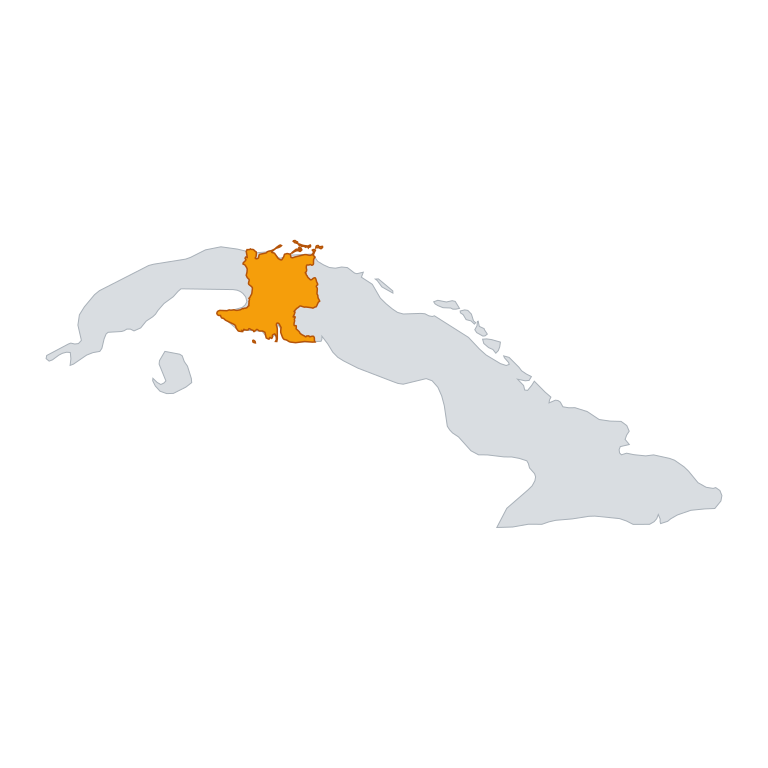 where Matanzas sits in Cuba
{"feature_id": "CUB-1430", "entity_name": "Matanzas", "entity_type": "Province", "adm_level": 1, "iso_a3": "CUB", "parent_name": "Cuba", "parent_adm1": "", "projection": "equal_earth", "projection_center": [-81.101, 22.655], "detail": "fine", "context": "in_parent", "style": "filled", "palette": "amber", "viewbox_px": 768, "rotation_deg": 0, "n_neighbors": 0, "source": "natural_earth", "source_scale": "10m", "svg_char_len": 9734}
<svg xmlns="http://www.w3.org/2000/svg" viewBox="0 0 768 768"><path d="M237.4,249.1L253.7,253.0L266.9,251.9L273.3,249.6L272.7,252.0L278.5,257.8L280.6,258.2L289.1,255.2L311.5,254.1L313.7,255.7L317.7,261.4L323.4,264.8L329.3,267.5L335.4,268.2L341.6,267.0L347.4,267.6L354.6,273.1L356.9,273.7L363.3,272.2L361.4,277.2L372.3,284.3L380.3,298.1L386.1,303.8L392.3,308.9L397.5,312.4L403.3,314.0L420.9,313.4L425.0,313.8L428.8,315.8L432.3,316.5L434.4,315.8L468.5,337.4L479.4,349.0L486.1,355.0L500.4,363.6L506.2,365.5L509.2,364.4L508.6,362.5L504.4,357.7L503.7,355.9L509.1,357.4L518.9,367.2L521.6,370.8L526.5,374.1L531.4,376.6L529.1,380.4L525.2,380.8L517.5,379.2L523.6,385.5L524.7,390.0L527.6,390.4L531.7,385.4L534.3,381.2L545.1,392.1L550.9,397.1L549.5,400.0L549.0,402.9L555.4,400.2L557.9,400.5L560.3,402.1L562.9,406.8L568.9,407.8L575.0,407.7L587.3,411.6L599.1,419.5L610.1,421.1L621.1,421.4L626.8,425.6L629.2,431.2L626.6,435.2L625.1,439.4L629.3,444.5L620.3,446.6L619.1,449.7L619.6,453.0L621.4,454.8L626.6,453.2L634.0,454.7L645.7,455.9L653.6,454.9L669.6,458.4L674.5,460.2L684.0,466.8L688.5,471.1L698.0,482.7L706.2,487.3L713.2,488.4L715.7,487.6L719.9,490.5L721.9,495.6L720.9,501.0L714.8,508.5L704.8,508.9L690.8,510.3L677.3,515.0L670.7,518.8L667.7,521.3L660.6,523.6L660.1,521.6L660.2,519.1L658.3,514.5L656.7,518.7L654.1,521.7L649.6,524.3L633.2,524.4L626.5,521.0L619.6,518.6L594.8,516.1L588.9,516.3L572.3,518.9L555.7,520.3L548.8,521.9L541.9,524.3L528.5,524.2L512.7,527.0L496.8,527.5L506.8,508.3L528.1,489.8L532.1,485.9L534.9,480.8L535.6,476.9L534.6,473.7L529.5,467.9L528.4,463.6L526.8,460.8L519.4,458.4L511.9,457.0L504.0,456.9L487.3,454.9L478.5,454.8L471.0,450.8L458.5,436.9L452.6,433.0L449.6,429.8L447.3,426.2L444.3,405.7L441.7,395.9L437.9,387.3L432.2,380.8L426.2,378.6L403.2,384.2L397.9,383.4L392.7,381.5L358.0,368.2L343.6,360.9L337.8,357.3L332.8,352.2L327.7,343.8L321.9,336.2L321.9,339.3L321.0,341.3L292.0,342.2L287.4,340.4L284.4,338.4L282.3,335.3L280.8,329.2L278.0,324.1L277.2,329.6L275.7,334.6L271.8,337.4L267.4,337.9L262.0,331.2L238.6,329.8L236.5,328.7L228.8,322.2L222.2,314.1L228.8,311.2L242.3,307.4L245.2,304.9L246.9,301.7L245.7,296.9L243.0,293.5L240.3,291.5L237.2,290.2L233.2,289.6L181.0,288.8L178.0,291.4L173.3,296.7L164.0,303.5L157.9,310.5L155.5,314.2L152.7,316.8L146.2,321.1L140.7,327.9L134.0,330.9L130.4,329.1L126.8,329.1L124.2,330.7L121.5,331.5L108.1,332.3L106.1,334.0L104.1,338.9L101.9,348.3L99.8,351.4L93.0,352.6L86.6,355.1L73.5,364.1L70.1,365.4L70.9,358.8L70.3,352.5L66.6,352.2L62.4,353.3L58.9,355.1L52.4,359.9L49.1,361.1L46.1,358.6L46.7,355.5L68.4,344.0L70.8,343.1L74.7,344.0L78.4,343.6L81.4,340.4L77.9,325.1L79.4,314.8L84.4,306.8L94.5,294.7L99.4,290.7L148.7,265.5L153.7,264.2L185.7,259.1L190.5,257.4L205.4,249.9L220.9,246.8L237.4,249.1ZM191.7,382.6L185.9,387.1L173.4,393.4L166.7,393.6L160.0,391.2L155.3,386.0L152.7,380.8L152.9,378.3L157.1,382.4L160.8,384.5L163.8,383.1L165.9,380.9L159.1,364.1L159.5,360.6L164.9,351.4L179.7,354.2L182.2,355.8L184.3,361.6L187.5,366.2L191.3,378.4L191.7,382.6ZM437.8,300.3L446.4,302.0L452.2,300.7L455.2,301.4L459.5,308.4L455.8,309.2L452.9,309.2L450.7,308.0L443.0,307.7L437.9,305.6L435.1,303.9L433.7,301.8L437.8,300.3ZM498.3,350.6L495.8,353.2L492.9,349.5L488.6,347.6L483.8,343.5L482.6,339.2L486.6,338.9L491.6,339.6L500.4,342.1L499.7,346.9L498.3,350.6ZM475.7,322.7L474.4,324.1L471.0,320.9L466.1,319.6L463.2,314.7L460.4,312.8L460.2,311.0L464.7,309.9L467.8,310.4L471.4,314.1L473.5,320.9L475.7,322.7ZM485.0,335.9L482.9,336.1L476.7,332.6L474.8,329.7L477.0,325.8L477.4,321.5L478.2,321.2L479.3,326.4L484.1,328.6L484.4,329.7L487.3,334.1L485.0,335.9ZM392.8,290.9L392.9,293.1L381.9,286.9L377.2,280.5L375.3,279.1L378.4,278.9L392.8,290.9Z" fill="#d9dde1" stroke="#a8b0b8" stroke-width="1"/><path d="M247.0,249.6L248.6,249.6L249.6,249.5L250.4,248.9L251.1,249.4L252.5,249.4L253.4,249.6L253.8,249.9L254.9,251.0L256.2,251.9L256.4,253.6L256.2,255.5L255.9,257.0L255.5,257.6L255.2,258.0L255.9,258.7L256.6,258.8L257.3,258.6L258.3,258.1L258.5,257.7L258.9,255.7L259.1,255.0L259.6,254.4L260.1,254.2L260.7,254.1L265.9,253.0L266.6,252.6L267.3,251.7L268.8,251.2L271.8,250.6L272.7,250.2L275.0,248.8L276.5,247.4L279.3,245.4L280.3,245.0L281.5,245.6L280.6,246.5L278.9,247.4L276.0,248.3L272.6,250.9L271.8,251.8L271.8,252.4L274.5,253.2L278.1,258.4L280.3,259.8L281.6,259.9L282.1,259.5L282.5,258.6L283.5,257.2L283.8,256.5L284.4,254.5L284.8,254.1L285.5,254.0L287.1,253.5L289.7,254.1L290.2,254.0L290.4,253.9L290.5,254.2L290.5,255.5L291.0,257.4L292.2,257.8L293.6,257.5L294.8,257.0L304.6,254.6L306.2,254.6L309.1,255.3L310.6,255.3L312.0,254.6L313.1,253.3L313.5,251.7L312.3,250.1L313.1,249.6L314.0,249.5L314.7,249.7L315.4,250.1L315.4,250.6L314.8,251.3L313.2,255.3L314.9,256.9L315.0,257.1L314.6,257.3L313.6,259.6L313.5,261.6L313.5,262.4L313.5,263.8L313.2,264.5L312.7,264.9L312.1,265.2L311.7,265.2L311.4,265.1L310.9,264.7L310.4,264.5L309.8,264.6L308.9,265.0L307.1,265.0L306.7,265.2L306.5,265.6L306.4,266.4L306.3,267.0L306.3,268.0L306.7,269.9L306.5,271.1L306.2,271.7L305.9,272.1L305.4,272.4L305.3,272.8L305.4,273.0L305.9,273.4L306.0,273.6L306.1,274.2L306.2,274.6L306.4,275.0L307.1,275.8L307.8,277.3L308.1,277.6L309.1,278.5L310.4,279.8L311.4,279.7L311.9,279.5L313.1,278.4L314.3,277.8L314.9,277.8L315.4,278.0L315.6,278.4L316.2,280.1L316.6,281.8L317.6,283.8L317.7,284.5L317.6,284.9L316.7,285.4L316.4,286.1L316.3,286.6L316.4,286.9L316.9,287.5L317.2,288.1L317.3,288.6L317.3,289.4L317.0,293.3L317.0,293.9L317.8,295.3L317.9,297.0L318.1,297.8L318.4,298.6L318.8,299.2L319.7,301.1L318.4,302.2L318.2,302.5L316.8,305.7L316.1,306.8L315.0,307.0L313.2,308.0L312.8,308.1L311.9,307.8L306.1,307.0L304.6,307.1L304.2,307.1L301.0,306.1L300.3,306.0L299.8,306.1L298.3,307.4L296.6,308.5L295.3,310.0L294.6,310.7L294.1,311.4L294.1,311.6L294.3,311.7L294.9,311.9L295.0,312.1L294.9,312.4L294.3,314.4L293.3,316.4L293.2,316.8L293.3,317.0L293.7,317.0L294.5,316.6L295.1,316.9L295.1,317.2L295.1,317.6L294.6,318.6L294.4,319.1L294.3,319.5L294.6,320.4L294.6,320.8L294.5,321.5L294.2,322.6L294.0,324.0L294.1,325.2L294.3,325.5L294.7,325.7L295.7,325.6L295.9,325.6L296.1,325.7L296.3,326.6L296.3,327.3L296.1,328.8L298.7,331.2L299.5,332.1L300.1,333.4L302.1,334.8L304.3,335.9L305.2,336.6L305.6,336.8L305.9,336.8L306.4,336.1L306.6,336.0L308.1,335.9L308.7,335.9L309.0,336.0L309.4,336.6L309.7,336.7L310.3,336.7L311.2,336.4L312.5,336.2L313.1,336.2L313.6,336.4L314.0,337.0L314.3,337.7L314.4,338.2L314.4,339.6L314.5,340.6L314.6,341.1L315.1,342.0L312.3,342.1L304.6,341.5L295.6,342.7L290.1,342.0L288.9,341.5L286.6,340.0L284.1,339.4L283.2,338.5L282.5,337.3L280.9,333.0L280.7,332.2L280.7,330.9L281.1,327.3L280.8,327.1L279.2,323.9L278.3,323.2L277.5,323.0L276.8,323.3L276.4,324.1L276.4,325.2L277.3,328.8L277.3,338.9L276.8,341.5L275.5,341.4L276.4,339.6L276.2,336.9L275.3,334.5L274.7,333.9L272.9,334.7L272.5,335.1L272.3,335.8L272.4,337.3L272.1,338.0L271.4,338.4L270.9,338.1L270.5,337.6L270.0,337.4L269.5,337.8L269.4,338.4L269.3,338.9L268.5,339.1L266.2,337.9L264.9,332.3L262.5,331.0L259.5,331.0L258.8,330.7L257.5,329.6L256.9,329.4L256.4,329.6L255.5,330.7L254.7,331.0L254.3,331.5L253.9,331.6L253.7,331.5L253.5,330.7L253.3,330.5L250.7,329.4L249.6,328.7L248.9,328.7L248.5,329.6L247.9,330.0L246.5,330.1L245.1,329.9L244.2,329.4L243.8,329.4L243.7,330.4L243.3,330.7L242.1,330.5L242.4,331.0L242.5,331.6L241.9,331.6L238.9,331.2L238.0,330.7L236.5,328.5L235.9,327.4L235.7,326.1L234.6,324.7L225.7,320.3L224.8,319.6L223.9,318.7L223.3,318.3L222.1,318.1L221.6,317.9L221.3,317.4L220.5,315.9L220.5,315.5L219.6,315.5L218.5,315.4L217.4,314.7L216.8,313.3L217.2,312.0L217.9,311.2L219.7,310.4L226.9,310.7L229.2,309.9L230.9,310.2L232.8,310.0L233.9,309.8L235.6,310.3L237.0,310.4L240.3,309.8L242.7,308.5L243.4,308.7L244.1,308.2L245.3,308.2L246.9,307.7L248.3,306.0L248.9,305.7L248.8,303.9L249.1,303.1L248.9,301.8L249.5,299.4L249.4,298.5L249.0,298.3L249.2,298.0L249.4,297.9L249.9,297.4L250.7,295.7L251.2,294.9L251.6,294.1L251.8,293.5L251.9,292.9L252.4,288.7L252.3,287.5L251.2,286.3L248.9,284.5L248.5,283.7L248.6,282.5L249.2,280.3L249.2,279.8L249.0,279.4L248.2,278.6L247.2,277.5L246.2,275.3L247.0,272.1L247.2,269.4L247.1,268.6L246.4,267.2L245.4,265.6L244.9,265.0L244.5,264.6L244.0,264.4L243.3,264.3L243.1,264.1L243.0,263.9L243.3,262.7L243.7,262.3L245.0,261.2L245.6,260.2L245.8,260.1L245.9,259.8L245.9,259.6L245.7,259.1L245.1,258.6L245.1,258.3L245.2,257.9L245.7,257.1L246.0,256.9L246.3,256.9L246.9,257.3L247.2,257.4L247.0,255.7L246.2,251.3L246.9,250.3L247.0,249.6ZM300.3,247.8L300.8,247.8L301.4,249.0L301.8,249.6L301.8,250.0L301.2,250.6L300.2,251.4L299.4,251.3L298.8,250.9L298.0,250.6L296.0,250.9L294.5,251.6L291.4,253.5L292.1,252.5L295.9,249.4L297.0,249.1L298.2,249.2L299.5,249.6L298.7,247.8L299.1,247.3L299.4,247.8L300.3,248.9L300.3,247.8ZM321.3,246.6L322.1,246.3L322.5,246.4L322.6,247.0L322.5,247.6L321.1,248.7L320.5,248.6L319.4,248.0L318.1,247.5L317.1,247.8L316.8,247.3L316.5,247.3L315.8,247.8L316.0,246.6L316.4,245.9L317.1,245.6L318.1,245.5L318.4,245.7L318.9,246.4L319.2,246.6L319.7,246.7L321.3,246.6ZM303.7,245.5L307.6,246.0L307.7,246.3L307.6,246.8L307.2,246.9L306.8,246.6L306.3,246.6L306.0,247.1L305.8,247.3L304.5,246.6L303.7,246.3L303.3,246.2L302.1,246.4L301.5,246.3L299.7,245.5L299.1,245.3L298.6,244.5L298.3,244.3L298.5,243.9L299.7,244.1L301.5,244.9L303.7,245.5ZM297.2,241.8L297.5,241.9L297.7,242.6L297.2,243.3L296.5,243.2L295.8,242.9L295.0,242.8L294.3,242.4L293.8,241.5L293.2,241.2L293.6,240.7L295.0,240.5L296.8,241.8L297.2,241.8ZM254.8,341.1L255.2,341.7L255.4,342.9L254.9,342.9L254.2,342.4L253.6,342.5L253.2,342.3L252.9,341.8L252.8,341.2L252.8,340.5L253.2,340.2L253.9,340.4L254.8,341.1ZM310.3,245.0L310.5,245.3L310.6,245.9L310.5,246.5L310.0,246.5L309.9,247.1L309.6,247.2L308.9,247.0L308.4,247.4L308.3,247.9L308.1,247.7L308.0,246.6L308.7,245.7L309.7,245.2L310.3,245.0Z" fill="#f59e0b" stroke="#b45309" stroke-width="1.5"/></svg>